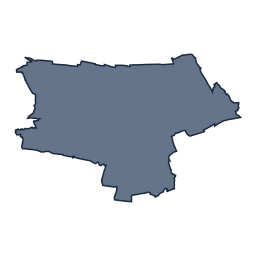 the district of Parincea, Bacau, Romania
{"feature_id": "2599482B11069906328912", "entity_name": "Parincea", "entity_type": "district", "adm_level": 2, "iso_a3": "ROU", "parent_name": "Romania", "parent_adm1": "Bacau", "projection": "equal_earth", "projection_center": [27.112, 46.465], "detail": "fine", "context": "isolated", "style": "filled", "palette": "slate", "viewbox_px": 256, "rotation_deg": 0, "n_neighbors": 0, "source": "geoboundaries", "source_scale": "gbopen_adm2", "svg_char_len": 5746}
<svg xmlns="http://www.w3.org/2000/svg" viewBox="0 0 256 256"><path d="M167.6,191.4L168.6,190.8L171.8,189.5L174.4,188.7L174.2,185.9L174.4,185.1L174.4,184.1L174.1,182.5L174.6,180.6L174.5,178.9L174.0,178.0L174.6,177.5L174.5,177.3L175.3,176.7L175.5,176.3L175.6,175.3L174.1,174.6L174.1,174.4L173.2,174.5L172.6,174.3L172.7,173.9L172.1,173.6L171.8,173.2L171.5,173.1L171.1,172.2L171.1,171.4L170.9,170.7L171.1,170.5L171.2,170.1L171.2,169.9L170.9,169.6L170.8,169.2L170.5,169.1L170.2,168.6L169.8,166.5L169.3,165.7L168.9,164.2L169.0,163.4L168.4,162.0L169.1,160.5L169.3,160.4L169.8,160.7L169.5,160.0L169.4,159.3L169.0,159.2L168.5,157.8L168.7,156.9L169.4,156.2L169.5,155.5L170.1,154.9L172.0,153.7L173.2,152.3L176.5,151.3L176.5,150.6L175.8,149.5L174.9,147.1L174.0,145.7L173.6,143.8L172.8,141.6L172.5,139.2L171.4,136.3L174.3,135.4L174.7,134.3L174.9,133.9L175.9,133.4L176.0,132.9L176.8,132.8L177.4,133.1L178.5,132.5L180.4,132.0L180.6,131.6L181.2,131.3L182.9,130.8L185.4,130.5L185.8,131.8L187.0,134.0L187.4,134.5L189.9,136.1L198.1,133.6L198.8,133.3L200.6,132.9L204.4,131.5L203.7,129.8L205.6,129.1L210.1,126.6L214.6,124.0L214.7,126.1L218.2,123.7L223.6,120.8L228.3,119.7L229.3,119.3L232.1,119.0L240.6,117.4L239.4,116.2L237.3,114.9L236.6,114.3L236.3,113.9L235.6,111.7L235.3,111.6L235.5,111.3L236.6,110.9L237.2,110.5L237.3,110.7L237.6,110.7L237.5,109.6L238.2,109.2L238.1,108.9L238.8,108.0L238.8,107.4L238.5,106.7L238.1,105.5L238.7,104.3L238.7,102.6L236.0,102.9L233.9,102.9L233.3,102.0L232.2,102.0L232.0,101.8L231.6,100.9L231.0,100.8L230.1,99.5L230.0,98.5L229.8,97.9L228.5,95.4L227.4,94.0L226.9,94.0L226.6,94.6L226.2,94.1L225.8,93.2L225.1,92.7L224.8,92.1L225.1,92.1L225.0,91.0L222.9,89.2L221.7,88.6L220.5,87.8L219.6,85.7L218.5,84.8L217.1,83.2L216.8,82.6L216.4,82.7L215.1,84.1L214.7,84.0L214.3,84.1L214.1,84.5L214.3,84.7L214.1,84.8L214.1,85.0L215.0,86.1L214.6,86.5L214.5,87.2L213.2,87.9L213.1,88.2L213.0,88.3L212.6,92.1L211.3,89.6L210.4,88.3L210.2,87.5L209.6,86.5L208.6,85.3L204.8,78.3L202.2,74.5L201.2,72.6L200.1,70.1L200.1,69.7L200.4,69.3L200.6,68.6L200.9,68.1L200.5,67.8L199.9,68.0L199.8,67.4L199.4,67.0L199.1,66.9L198.2,65.0L197.7,65.0L197.3,64.3L196.1,61.7L195.7,60.0L195.5,57.9L195.2,57.7L194.9,57.9L193.4,56.1L193.1,55.9L192.3,54.6L190.9,54.3L188.8,54.4L184.1,55.1L182.5,55.0L179.8,56.5L178.8,57.0L178.5,56.9L178.4,57.1L178.4,57.3L175.5,58.5L174.7,59.0L173.9,59.1L173.2,58.9L172.6,58.2L171.9,58.0L171.6,58.3L172.3,59.7L172.9,61.6L173.3,62.2L173.7,63.9L161.8,64.7L160.4,64.3L159.1,64.2L144.8,64.5L143.4,64.7L139.7,64.7L138.1,64.9L134.5,64.9L133.4,64.8L131.6,65.1L130.0,65.1L130.2,66.2L129.7,66.2L129.5,66.4L128.2,66.5L127.2,66.1L127.2,65.9L124.6,65.5L121.8,65.3L115.5,65.3L115.7,66.4L115.2,67.4L110.2,66.5L110.3,66.4L104.4,64.5L104.4,65.9L101.3,65.7L94.7,64.4L95.0,63.7L81.5,61.0L80.1,64.9L77.6,64.6L77.7,65.1L77.4,66.4L70.1,65.7L66.3,65.0L56.0,64.3L52.6,63.9L52.6,63.2L52.3,61.3L40.1,60.2L38.1,60.2L36.8,60.3L36.9,60.6L34.9,60.6L34.0,60.4L31.2,58.6L28.2,57.9L26.8,57.9L25.8,57.5L24.7,57.3L28.9,60.1L31.1,60.7L31.7,61.8L31.3,62.0L30.1,61.9L29.4,62.2L27.2,62.2L27.0,62.5L27.0,64.9L26.5,65.3L24.0,65.5L23.8,65.6L23.5,66.1L21.9,66.5L22.2,67.2L20.7,67.5L20.3,67.9L17.5,68.9L17.2,69.1L17.0,69.5L16.4,69.9L16.7,71.8L16.7,72.1L22.2,72.1L22.5,72.7L21.9,72.8L21.9,73.1L22.8,73.4L24.4,77.2L24.5,78.1L25.4,79.6L25.4,79.8L25.1,79.9L25.1,80.2L25.9,80.9L26.2,81.8L26.3,82.6L28.2,85.0L28.4,86.3L29.0,87.3L29.6,88.6L29.9,88.7L30.1,88.9L30.7,90.3L31.4,91.2L31.8,92.0L32.4,92.7L32.7,93.4L35.5,94.3L35.5,98.7L35.3,100.5L35.7,102.7L35.7,103.3L35.2,104.0L34.6,105.5L34.1,105.6L35.0,107.9L35.0,109.0L34.4,109.9L34.0,110.6L33.7,111.4L33.8,111.8L33.7,112.0L33.0,113.4L32.0,113.8L31.9,114.3L31.2,114.9L30.6,115.0L30.1,115.4L29.6,115.6L28.3,116.8L28.2,117.0L28.3,117.6L27.8,118.3L31.0,117.8L34.5,118.4L35.8,118.3L37.1,118.8L39.6,118.9L38.5,119.7L38.2,120.5L34.8,121.0L33.7,121.0L33.5,121.3L33.6,121.8L34.5,124.1L35.4,125.5L36.2,128.0L34.8,127.7L34.0,127.7L33.6,127.8L33.0,128.4L32.7,128.1L32.2,127.2L31.8,127.1L31.0,127.9L30.7,128.0L30.0,128.1L28.0,128.8L27.1,128.8L26.5,128.6L25.1,128.5L24.4,129.1L24.0,129.6L23.5,129.7L22.2,128.9L22.0,129.3L21.8,129.5L20.6,129.3L20.3,130.0L19.2,129.8L18.4,129.1L18.1,129.1L15.6,130.1L16.2,131.0L15.6,131.2L15.6,131.7L15.4,132.0L15.4,132.3L15.6,133.0L16.0,133.2L16.4,133.7L16.4,134.1L17.1,135.0L20.7,134.3L20.8,134.5L20.3,136.0L20.4,136.4L21.2,136.7L21.6,137.5L22.1,137.2L22.2,137.5L22.7,137.9L23.0,138.5L23.0,140.9L22.6,141.4L22.6,142.9L22.3,143.3L22.4,143.8L21.9,145.3L22.0,146.1L21.8,147.0L22.6,148.8L23.0,148.6L24.2,148.7L35.2,149.9L36.5,150.3L38.4,150.7L41.1,152.0L41.8,151.8L44.0,152.0L45.9,151.3L47.4,151.5L49.3,151.5L50.4,152.1L50.5,152.5L53.1,153.5L63.2,154.7L63.3,155.3L68.7,156.4L72.4,156.8L72.4,157.2L73.0,158.0L73.5,157.7L73.4,156.4L74.3,156.3L74.4,156.8L75.3,157.5L77.9,158.3L90.6,160.9L94.7,163.5L96.0,163.4L97.6,162.2L98.0,162.2L98.6,162.5L99.2,164.7L99.7,165.2L100.5,165.6L101.3,165.4L102.7,164.2L103.0,164.1L103.3,164.1L103.8,164.4L104.1,165.1L104.6,165.6L104.9,165.6L105.8,165.2L105.1,168.9L104.4,170.0L102.7,176.6L101.7,179.6L101.9,180.0L101.6,181.6L102.3,182.9L102.7,185.4L114.2,187.0L116.9,186.9L116.9,188.7L116.5,191.1L114.9,195.7L114.3,197.8L114.3,198.2L114.7,199.9L117.6,200.2L125.2,201.2L131.5,201.7L131.5,195.5L131.8,195.4L135.9,194.6L138.1,194.3L139.2,193.9L140.3,193.8L140.6,193.6L143.0,193.5L147.1,192.6L147.7,192.3L149.3,192.3L150.4,193.1L150.2,194.3L151.7,194.6L153.8,195.6L154.6,195.8L155.3,197.2L156.4,196.3L157.3,196.0L157.8,195.7L158.4,195.7L158.5,195.5L159.0,194.3L159.4,193.9L161.0,192.8L162.9,192.1L163.5,191.2L164.0,190.0L165.2,188.7L166.2,188.5L166.5,188.6L166.6,189.3L167.2,189.3L167.4,189.6L167.4,190.0L167.1,190.2L167.0,190.5L166.9,191.1L167.6,191.4Z" fill="#64748b" stroke="#1e293b" stroke-width="1.5"/></svg>